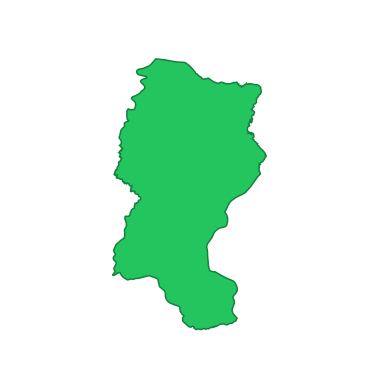 Pho Sai, Ubon Ratchathani, Thailand (Robinson projection), rotated 64°
{"feature_id": "78962969B51244182519846", "entity_name": "Pho Sai", "entity_type": "district", "adm_level": 2, "iso_a3": "THA", "parent_name": "Thailand", "parent_adm1": "Ubon Ratchathani", "projection": "robinson", "projection_center": [105.326, 15.769], "detail": "fine", "context": "isolated", "style": "filled", "palette": "green", "viewbox_px": 384, "rotation_deg": 64, "n_neighbors": 0, "source": "geoboundaries", "source_scale": "gbopen_adm2", "svg_char_len": 6077}
<svg xmlns="http://www.w3.org/2000/svg" viewBox="0 0 384 384"><g transform="rotate(64 192 192)"><path d="M56.5,166.1L59.6,173.7L59.9,175.2L59.5,182.0L58.3,185.9L58.5,187.9L58.7,188.2L59.4,188.9L60.7,189.3L62.6,189.0L64.0,187.7L68.0,182.7L69.0,182.3L69.4,182.5L69.5,183.8L69.0,187.6L69.2,188.7L69.8,189.5L70.9,189.8L74.6,188.5L75.8,188.3L76.6,188.3L77.9,188.9L78.9,190.9L79.3,193.6L80.0,194.8L80.5,196.2L80.7,200.8L80.4,203.4L80.7,204.8L81.3,205.3L81.9,205.4L85.4,204.0L86.5,203.8L88.6,204.2L90.9,205.8L91.9,206.9L92.5,208.1L90.6,212.0L89.3,212.9L90.6,214.7L90.6,215.0L96.4,217.8L98.6,218.3L100.3,217.6L100.4,218.1L100.1,221.5L100.3,222.3L101.4,223.1L102.9,223.5L103.6,224.4L104.8,227.8L105.8,229.2L109.4,231.9L110.8,233.5L111.7,233.7L114.9,233.2L116.1,233.5L118.0,234.9L118.3,236.6L118.9,236.1L119.8,236.5L120.3,236.0L121.8,235.9L122.2,235.5L122.5,235.9L123.1,235.7L123.2,237.0L123.6,237.0L123.8,237.4L123.2,237.9L124.0,238.4L123.7,239.2L124.1,239.9L124.6,239.8L124.6,240.5L126.5,239.4L126.7,240.2L127.5,240.6L128.0,241.4L128.4,241.0L128.9,241.4L129.0,240.9L129.4,241.0L129.7,240.7L130.1,241.0L130.7,240.5L131.0,240.5L130.9,241.0L132.0,241.8L132.2,242.5L132.8,242.5L132.7,243.2L133.2,243.9L132.9,244.6L134.1,245.5L134.9,245.5L135.8,246.1L137.0,248.3L138.4,249.1L138.7,250.0L139.0,250.1L138.8,250.8L139.3,251.6L139.8,251.8L140.2,252.5L140.6,252.4L140.7,252.8L141.2,253.0L141.3,253.6L142.0,253.5L142.1,254.2L142.6,254.3L142.9,253.9L142.8,253.4L143.9,253.1L143.9,252.8L143.6,252.7L143.8,252.0L144.1,252.4L144.5,252.2L144.8,253.2L145.2,253.2L144.9,252.7L145.1,252.5L145.9,253.5L146.3,253.7L146.8,253.1L146.9,252.5L147.3,252.0L149.3,250.7L149.3,250.0L149.8,249.1L152.1,249.8L153.0,248.7L153.6,249.2L154.7,249.0L154.6,248.0L155.3,247.8L155.4,247.3L155.9,247.3L155.6,246.2L156.2,245.8L156.7,245.8L157.2,245.1L158.4,245.3L159.3,244.8L160.0,243.8L160.3,244.1L160.3,243.3L161.0,243.9L161.1,244.6L161.7,244.7L162.5,245.6L162.7,245.4L163.1,246.3L163.6,246.3L164.6,247.0L165.2,245.9L164.9,244.6L166.1,243.6L166.5,243.9L166.9,243.8L167.1,243.1L168.5,243.8L169.5,243.0L169.9,241.8L170.6,241.9L171.5,241.3L172.5,241.9L173.5,241.0L175.1,240.7L176.1,241.4L176.3,242.5L176.0,243.3L176.6,244.3L177.2,244.4L177.8,245.5L177.8,246.1L177.5,246.0L177.4,246.7L177.8,247.0L177.9,247.6L177.4,248.2L177.9,248.3L178.0,248.8L180.1,250.3L181.2,250.8L181.2,252.8L181.6,254.4L183.1,255.7L183.7,256.9L185.1,257.4L185.7,258.1L185.9,259.8L185.6,260.8L184.8,261.7L184.7,262.9L186.4,264.0L190.9,264.6L192.7,265.3L194.6,266.6L196.2,269.2L201.5,271.4L203.6,273.2L203.9,273.6L203.7,274.1L204.0,274.8L203.9,275.9L206.0,283.4L210.2,288.2L214.5,288.2L214.9,288.5L215.8,290.8L216.9,291.8L218.6,292.1L221.8,291.0L223.1,291.4L226.2,295.6L227.1,295.9L230.1,296.1L231.5,299.3L231.9,299.6L232.4,299.5L232.7,298.5L232.4,294.0L232.6,292.2L233.3,291.9L235.8,292.0L237.7,291.5L240.5,290.1L242.8,288.4L243.5,284.9L244.6,283.2L245.2,280.1L246.2,277.8L248.2,267.8L248.7,266.9L254.6,261.1L255.4,260.9L262.1,262.5L263.3,262.5L268.7,260.0L270.5,260.0L274.4,261.8L277.6,262.1L279.8,261.6L281.7,260.7L285.1,257.9L288.7,254.1L289.5,253.6L290.4,253.6L294.0,254.9L297.6,254.4L299.7,253.6L300.3,254.0L300.9,255.4L301.3,255.8L302.7,256.5L304.5,256.8L311.6,253.9L312.9,252.5L313.1,251.5L312.6,250.7L313.0,249.9L314.0,249.3L314.9,250.0L315.3,249.4L317.1,249.0L317.7,248.0L317.4,247.3L317.6,246.6L318.6,245.6L319.8,243.8L319.6,242.1L320.4,240.5L320.9,240.3L321.5,239.1L321.5,237.8L322.2,237.2L322.0,235.2L322.6,233.2L322.3,232.6L322.4,231.8L322.9,231.9L322.8,231.2L323.2,230.6L322.7,229.8L323.2,229.5L323.5,228.3L323.3,227.5L323.1,224.6L324.6,221.2L326.1,219.8L326.8,218.5L326.6,215.7L327.2,214.7L327.5,213.2L326.9,210.7L327.1,209.0L325.6,207.6L325.3,206.8L319.1,208.4L316.4,208.1L314.3,206.7L310.6,202.7L308.5,201.7L305.0,201.5L304.5,201.3L303.4,200.0L302.2,197.1L300.5,194.6L298.2,193.5L295.8,193.1L293.1,193.1L291.1,193.5L289.6,194.3L285.0,198.4L280.3,201.9L274.0,206.1L272.0,209.2L270.5,210.4L268.9,210.4L264.8,209.3L254.8,205.4L253.4,204.6L250.8,203.6L248.1,203.0L246.7,202.2L245.2,200.5L241.8,194.2L238.6,190.3L237.6,188.6L236.8,185.7L236.5,183.2L237.7,177.5L237.5,176.3L237.0,175.4L234.1,172.9L230.7,171.3L227.3,170.8L225.2,171.3L223.8,170.7L222.5,168.6L219.7,165.3L217.9,162.5L217.1,160.4L216.2,155.1L216.1,146.8L215.8,144.1L213.0,137.1L207.0,126.1L205.8,122.6L201.6,122.1L200.6,121.5L199.6,121.3L199.2,120.5L198.4,120.9L197.4,119.6L197.3,118.6L196.0,119.2L195.6,115.0L194.3,112.6L193.1,111.3L192.6,109.9L191.8,109.4L191.2,109.4L190.4,110.0L189.7,109.4L188.2,109.5L184.6,110.5L183.3,111.3L180.3,111.8L178.5,112.5L177.8,112.3L177.1,111.8L176.0,112.6L174.6,113.0L173.8,113.6L172.1,113.6L170.4,114.2L169.8,113.4L169.7,112.3L168.2,111.6L166.4,111.3L166.2,111.7L166.3,113.7L165.3,113.8L165.4,112.6L165.1,112.2L164.7,112.3L164.5,113.5L163.9,114.2L164.2,115.5L163.9,116.1L163.5,116.0L163.2,114.9L162.8,114.6L162.3,114.7L161.5,115.5L160.2,115.1L158.0,113.2L157.7,112.7L157.9,111.4L157.6,111.1L156.7,111.0L155.5,111.4L154.7,109.6L153.9,109.2L154.2,108.6L155.7,108.5L155.7,108.0L154.5,106.8L153.2,108.1L152.6,108.1L152.5,107.3L153.2,106.3L153.1,105.7L152.6,105.5L151.2,105.9L149.8,104.7L149.6,104.2L149.9,103.4L149.8,102.7L148.7,102.0L147.8,100.9L147.0,100.8L145.3,101.7L144.4,102.7L144.0,102.7L143.8,101.2L142.8,100.5L142.4,98.8L141.0,98.8L140.2,98.3L140.4,96.4L139.7,94.7L138.6,94.5L137.8,93.8L136.4,93.1L134.9,89.8L134.0,89.0L134.0,87.7L132.9,86.2L129.9,85.0L128.9,85.0L127.8,84.4L125.2,85.5L124.3,86.3L122.3,89.6L121.0,90.8L120.4,91.9L120.1,93.1L119.6,93.3L119.9,94.0L119.4,95.0L118.2,95.2L118.6,96.1L118.5,96.6L118.8,97.1L118.6,97.9L119.1,98.9L118.8,99.8L119.3,100.8L119.2,101.6L117.7,101.5L117.8,102.3L117.6,102.6L116.4,103.0L115.5,102.6L115.1,103.8L113.6,103.3L112.8,103.9L112.9,104.5L111.8,106.5L111.8,108.1L111.1,111.3L109.7,113.8L107.1,116.2L106.1,117.6L105.8,121.0L101.9,124.7L97.1,127.2L96.7,128.0L95.8,132.1L94.8,133.1L94.2,133.4L92.9,133.4L90.9,134.9L88.2,135.7L87.4,136.6L85.3,136.7L81.3,137.7L77.3,139.0L73.1,141.1L72.0,142.3L69.6,146.8L66.4,151.7L61.8,157.8L56.5,166.1Z" fill="#22c55e" stroke="#15803d" stroke-width="1.5"/></g></svg>